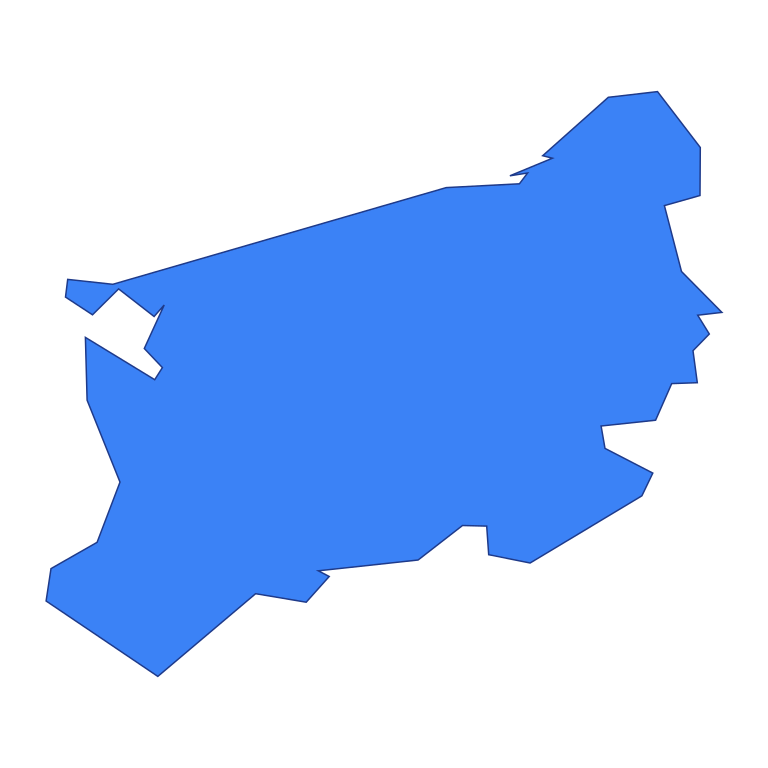 the border of West Pomeranian
{"feature_id": "POL-3142", "entity_name": "West Pomeranian", "entity_type": "Voivodeship", "adm_level": 1, "iso_a3": "POL", "parent_name": "Poland", "parent_adm1": "", "projection": "natural_earth1", "projection_center": [15.248, 53.587], "detail": "coarse", "context": "isolated", "style": "filled", "palette": "blue", "viewbox_px": 768, "rotation_deg": 0, "n_neighbors": 0, "source": "natural_earth", "source_scale": "10m", "svg_char_len": 722}
<svg xmlns="http://www.w3.org/2000/svg" viewBox="0 0 768 768"><path d="M157.8,676.4L46.1,601.0L51.0,568.6L97.1,542.3L120.0,482.1L87.1,400.2L85.4,337.4L154.7,379.7L162.4,367.6L144.3,348.5L164.2,305.0L154.1,316.5L118.6,288.9L92.5,314.8L65.5,297.1L67.7,279.4L112.8,284.3L446.2,187.6L519.4,183.8L527.6,173.0L509.9,175.8L552.4,158.2L542.7,155.7L608.3,97.3L657.5,91.6L700.3,147.5L700.0,195.5L664.4,205.6L681.5,271.5L721.9,312.4L697.7,315.2L709.3,334.0L693.0,350.7L697.3,382.7L671.7,383.6L655.6,420.2L601.1,426.0L605.0,448.4L652.8,473.1L641.9,495.8L530.1,563.0L488.7,554.7L486.7,526.1L462.5,525.5L418.1,560.0L318.3,570.8L329.2,576.5L306.2,602.2L255.6,593.7L157.8,676.4Z" fill="#3b82f6" stroke="#1e3a8a" stroke-width="1.5"/></svg>